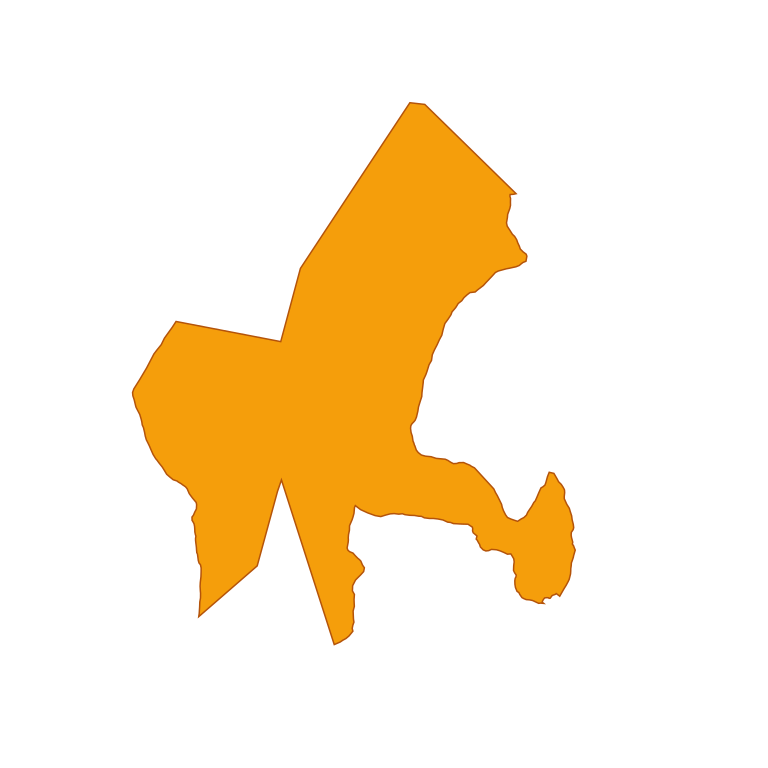 San Miguel Piedras, Oaxaca, Mexico, rotated 198°
{"feature_id": "50627088B74444100420384", "entity_name": "San Miguel Piedras", "entity_type": "district", "adm_level": 2, "iso_a3": "MEX", "parent_name": "Mexico", "parent_adm1": "Oaxaca", "projection": "robinson", "projection_center": [-97.237, 16.979], "detail": "fine", "context": "isolated", "style": "filled", "palette": "amber", "viewbox_px": 768, "rotation_deg": 198, "n_neighbors": 0, "source": "geoboundaries", "source_scale": "gbopen_adm2", "svg_char_len": 4971}
<svg xmlns="http://www.w3.org/2000/svg" viewBox="0 0 768 768"><g transform="rotate(198 384 384)"><path d="M446.3,659.5L471.9,567.2L499.2,468.1L495.3,392.4L504.2,391.3L601.1,379.2L602.9,372.5L604.8,366.6L607.0,359.7L608.0,352.6L610.6,345.8L612.1,341.5L614.7,326.0L617.8,312.3L620.4,302.1L620.5,298.2L619.2,295.2L616.7,291.8L613.4,286.4L612.5,285.1L606.9,279.6L604.0,275.4L602.6,273.1L601.3,270.4L599.3,268.2L596.8,264.1L594.9,260.6L592.8,257.5L590.7,255.4L588.0,252.6L585.4,249.6L581.8,245.6L577.9,242.3L576.5,241.5L573.6,239.4L569.2,236.5L566.6,234.3L562.8,231.0L558.8,229.3L554.9,227.8L551.0,227.8L549.3,227.2L545.7,226.4L544.5,225.9L543.3,225.6L541.0,224.9L538.9,223.6L536.7,221.1L535.4,219.6L533.5,218.2L530.8,216.3L528.1,214.6L526.0,213.3L524.9,211.3L523.8,207.2L524.4,203.7L524.7,200.3L525.5,198.1L524.7,195.9L524.4,195.0L523.5,194.3L521.5,192.4L520.1,189.9L518.9,186.9L518.2,184.9L516.9,182.6L515.9,181.2L515.5,178.8L514.8,176.8L513.6,174.2L512.6,172.1L511.8,170.3L510.9,168.0L509.9,165.7L508.9,164.7L507.5,161.8L506.1,158.8L504.6,156.6L502.7,155.4L501.1,152.6L500.0,149.2L498.5,144.0L497.4,138.5L496.4,134.8L494.7,130.4L493.8,128.3L492.4,123.8L491.8,119.7L490.4,114.8L488.8,108.5L488.3,105.5L448.4,171.8L452.1,249.0L451.9,261.1L350.8,120.8L345.9,125.1L344.0,127.6L341.6,130.1L339.4,133.6L337.2,139.3L338.7,141.7L339.1,145.1L339.0,148.2L340.4,151.0L343.2,158.5L343.5,163.4L344.7,166.5L345.9,169.8L347.1,174.7L350.1,177.5L351.5,182.5L350.5,188.8L349.1,191.6L347.3,195.1L345.4,199.3L345.7,201.9L345.9,203.2L348.3,205.0L349.4,206.2L351.3,208.4L353.1,209.4L355.2,210.2L358.6,212.0L361.2,213.6L364.9,213.9L367.0,214.8L368.4,216.6L368.8,219.6L369.2,222.6L369.7,224.7L370.5,226.8L371.2,229.7L371.7,234.3L373.0,238.6L372.4,245.1L372.4,248.1L372.6,251.8L373.9,257.4L373.7,259.5L367.5,257.3L359.8,256.4L351.8,256.1L346.1,256.9L342.3,259.6L338.0,262.4L334.3,263.9L329.7,264.8L326.4,266.3L323.8,266.2L318.9,267.1L314.4,268.4L310.1,269.0L307.5,269.7L304.3,269.2L299.1,270.2L295.4,271.4L291.0,272.3L286.0,272.9L283.3,272.6L280.8,272.3L278.0,272.9L274.8,272.7L271.5,273.6L268.7,274.3L265.5,275.2L260.8,276.6L255.8,275.2L255.0,274.0L254.4,271.7L253.2,270.1L248.6,268.2L248.4,265.0L247.0,264.2L245.1,262.3L243.6,261.1L242.0,258.8L238.4,256.9L235.5,256.7L232.9,257.9L230.7,259.9L225.8,261.1L222.0,261.2L217.6,260.8L214.0,260.3L210.9,261.6L209.4,260.4L206.6,257.9L205.2,255.0L204.9,253.3L204.5,251.3L203.2,246.7L201.3,244.7L199.2,243.1L198.9,241.2L199.2,239.8L198.8,237.3L197.6,234.0L196.1,231.1L193.4,227.9L191.3,227.3L189.7,225.7L186.8,223.5L184.8,223.1L182.1,222.9L178.8,223.7L175.7,224.0L170.9,223.4L169.1,223.2L167.4,224.0L164.3,224.7L165.0,225.0L165.5,224.7L166.1,224.5L166.2,224.9L166.1,226.9L165.7,228.7L165.1,230.2L163.2,231.1L161.7,231.5L160.7,231.2L159.7,231.7L158.8,234.6L157.8,235.6L156.5,236.5L155.8,237.2L155.5,237.9L151.5,236.6L151.3,236.5L149.5,245.1L148.6,248.7L148.3,250.3L147.8,253.1L147.5,255.4L147.9,261.0L148.6,263.8L149.3,266.1L149.8,269.0L150.5,271.8L150.4,274.3L150.4,277.9L150.6,279.1L150.8,285.1L151.1,285.5L152.5,287.1L153.7,288.7L155.4,290.0L155.6,291.9L156.7,293.6L158.2,295.9L159.3,298.1L160.0,300.8L159.1,303.9L159.2,306.0L160.6,309.0L163.1,313.0L164.8,316.6L167.4,320.2L169.4,323.1L173.0,326.1L177.1,330.6L177.8,332.7L178.6,336.5L179.6,339.0L180.2,339.7L181.9,341.3L184.4,343.3L187.8,345.0L190.0,347.2L194.8,351.5L199.6,351.1L199.9,346.4L199.6,340.3L199.7,337.6L201.2,335.2L202.6,333.7L203.2,328.3L203.6,323.5L204.0,319.6L204.9,317.6L205.7,313.3L206.8,309.6L207.7,306.3L208.0,303.3L209.7,300.2L211.9,298.0L214.5,294.7L217.8,294.7L221.7,294.8L225.3,295.2L227.9,297.1L231.2,300.4L233.4,303.2L235.0,305.9L237.4,308.4L241.8,312.9L244.3,315.1L247.2,318.2L272.0,332.2L275.3,332.7L277.2,333.3L281.1,333.6L284.0,333.9L288.3,332.4L290.3,330.9L293.4,329.7L296.4,330.2L299.7,331.1L302.5,331.4L311.4,329.4L316.8,329.4L322.2,328.2L326.5,328.0L330.3,329.4L332.9,331.2L335.6,334.8L336.2,335.3L336.9,336.4L338.0,337.9L338.4,338.1L339.1,339.3L340.9,343.0L343.3,346.3L345.0,349.9L345.6,352.6L345.1,354.9L343.9,357.3L343.2,359.1L342.9,362.5L343.4,368.6L344.1,372.8L344.2,378.7L344.2,383.7L345.2,387.5L346.2,392.7L347.2,397.7L347.8,400.0L347.1,405.9L347.0,409.2L347.1,416.3L346.1,421.1L347.1,426.7L346.6,431.8L345.6,437.8L345.0,443.3L344.1,448.3L344.6,454.2L344.8,460.3L343.8,463.3L343.0,465.8L341.7,470.6L341.6,473.6L339.4,478.9L338.3,483.5L335.8,487.2L334.6,490.9L332.6,494.4L330.5,497.5L325.7,499.7L324.1,502.4L319.9,508.5L318.4,511.9L316.0,516.9L314.3,520.5L312.5,524.5L310.2,526.8L303.2,531.4L300.8,532.7L298.1,534.3L294.8,536.2L292.0,538.5L290.7,540.6L289.4,542.5L286.9,544.6L287.6,549.7L288.9,551.4L292.7,552.7L296.1,554.5L297.8,556.8L300.5,559.7L302.3,562.1L305.3,564.7L308.2,566.1L310.7,568.2L315.6,572.2L317.3,575.1L318.1,580.6L318.8,583.5L318.7,586.7L318.6,589.8L318.9,593.0L320.0,596.2L321.0,599.6L322.3,601.5L322.6,603.2L320.1,604.2L318.9,604.8L317.2,605.8L418.5,656.0L431.6,662.5L446.3,659.5Z" fill="#f59e0b" stroke="#b45309" stroke-width="1.5"/></g></svg>